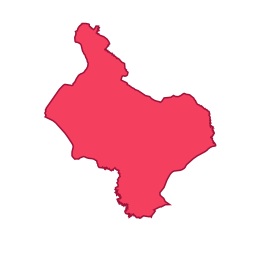 Phon Na Kaeo, Sakon Nakhon, Thailand (Mercator projection), rotated 24°
{"feature_id": "78962969B15613866978457", "entity_name": "Phon Na Kaeo", "entity_type": "district", "adm_level": 2, "iso_a3": "THA", "parent_name": "Thailand", "parent_adm1": "Sakon Nakhon", "projection": "mercator", "projection_center": [104.325, 17.213], "detail": "fine", "context": "isolated", "style": "filled", "palette": "rose", "viewbox_px": 256, "rotation_deg": 24, "n_neighbors": 0, "source": "geoboundaries", "source_scale": "gbopen_adm2", "svg_char_len": 5789}
<svg xmlns="http://www.w3.org/2000/svg" viewBox="0 0 256 256"><g transform="rotate(24 128 128)"><path d="M165.4,209.1L166.6,207.3L166.7,206.6L167.0,206.5L166.8,206.1L167.6,205.4L167.4,205.2L167.7,205.2L168.1,204.5L169.1,205.6L169.4,205.2L170.1,205.6L170.6,205.4L171.4,206.1L172.2,206.4L172.7,205.9L173.5,205.9L173.7,205.4L174.2,205.5L174.6,205.1L175.2,205.6L175.7,205.4L176.4,204.8L176.6,203.6L177.3,203.2L177.7,202.0L183.4,200.5L184.1,199.6L185.6,200.0L185.4,198.0L186.4,194.3L186.6,192.7L184.9,192.3L189.3,187.0L190.4,186.6L193.3,182.9L197.2,181.0L191.9,180.0L189.3,177.8L184.8,176.4L183.4,174.2L185.1,167.8L184.7,159.4L185.3,153.0L186.1,150.6L187.4,148.7L192.7,145.5L194.2,144.2L195.6,142.2L196.1,141.0L196.3,137.9L200.1,129.4L202.7,125.1L208.1,118.1L209.2,116.2L209.8,114.4L211.0,112.3L212.5,110.6L215.2,108.7L215.1,107.9L214.6,107.7L213.7,106.8L212.9,107.0L213.0,106.5L212.6,106.3L212.1,106.7L211.6,106.6L211.5,105.5L209.8,104.6L209.4,103.3L207.9,103.1L208.1,102.5L207.6,102.5L207.8,102.1L208.3,101.9L208.1,101.5L208.5,101.0L208.3,100.5L208.5,99.8L208.8,99.6L208.6,99.1L208.8,98.8L208.7,97.9L208.9,97.8L208.8,97.5L208.0,97.4L208.1,96.8L207.7,96.5L207.3,96.6L206.8,96.1L206.8,95.7L206.4,95.8L206.4,95.3L205.9,95.4L205.3,94.0L205.7,93.6L205.3,93.6L205.5,93.2L205.4,92.6L204.9,92.8L204.5,92.4L204.2,92.6L203.4,92.2L203.1,93.0L202.8,92.2L202.1,92.5L202.1,92.1L201.3,90.9L201.6,90.5L201.0,90.4L201.2,89.4L200.6,89.3L200.5,88.5L199.9,88.0L200.2,87.3L199.6,87.2L199.5,86.5L198.9,86.1L198.9,85.2L198.0,84.1L197.0,83.6L197.1,82.4L196.7,82.3L196.8,81.8L196.2,81.4L195.9,80.5L195.0,79.9L194.4,80.1L192.7,79.3L192.3,79.6L191.6,79.3L190.6,79.4L190.4,79.0L190.0,79.3L189.5,79.3L187.6,78.4L186.9,78.5L186.2,77.9L185.2,78.5L183.9,78.0L181.8,78.2L179.4,76.5L178.7,75.7L176.9,74.9L176.0,74.0L171.1,72.7L169.8,72.8L167.8,73.5L165.4,73.5L164.6,74.1L163.1,76.8L161.2,78.9L158.5,79.9L156.3,79.8L154.8,82.4L148.7,85.9L148.1,89.5L147.1,91.4L145.4,91.3L144.0,91.7L141.1,92.0L137.5,91.6L135.0,90.5L130.8,91.3L122.2,89.8L118.8,90.0L117.4,89.5L115.3,89.5L111.4,88.6L109.6,88.7L109.4,87.7L108.4,87.2L102.2,87.0L102.0,86.8L101.6,83.0L103.0,82.0L104.0,82.0L104.9,81.4L105.7,80.3L105.8,79.5L105.3,77.1L102.9,76.4L102.9,75.6L101.1,75.0L98.6,70.5L95.7,70.4L93.3,69.5L92.4,68.8L90.9,68.6L90.3,68.8L90.0,68.4L89.3,69.0L88.3,68.1L86.6,67.7L86.2,68.0L85.8,67.4L85.6,67.7L85.2,67.4L84.4,67.3L84.4,67.0L83.9,66.8L83.7,67.1L83.6,66.7L82.8,66.6L82.8,66.4L81.6,66.9L81.0,66.5L80.3,66.5L80.2,66.2L79.8,66.1L79.6,66.4L78.9,66.2L78.6,66.5L78.1,65.5L77.6,65.8L77.0,65.6L76.8,65.9L76.6,65.4L75.0,65.9L74.8,65.6L75.5,64.5L76.2,61.5L76.8,60.8L76.1,60.3L77.0,58.6L75.6,57.2L72.8,55.4L68.6,54.4L64.6,54.7L63.6,54.5L63.1,53.9L62.4,54.0L62.0,54.5L61.4,54.0L60.6,54.0L60.8,53.6L60.6,52.8L60.8,52.6L60.4,52.2L61.2,51.4L60.8,51.2L60.8,50.8L61.1,50.8L60.7,50.4L61.1,50.3L60.7,50.1L61.0,49.8L60.8,49.2L60.4,49.1L60.7,48.9L60.5,48.7L60.8,48.0L60.1,48.0L59.7,46.9L57.3,47.9L57.3,49.4L56.6,52.1L55.2,51.8L54.7,51.9L54.2,51.7L54.2,51.4L53.9,51.2L53.2,51.3L52.3,50.8L51.5,50.8L51.0,50.3L50.6,49.3L50.0,49.0L46.9,49.7L43.6,51.2L43.6,51.8L43.1,52.2L43.1,53.2L42.5,54.0L41.9,56.0L41.8,57.7L42.1,59.8L41.3,60.5L40.8,61.3L41.6,61.9L42.4,64.1L42.5,66.8L44.3,70.2L45.1,70.8L47.0,70.3L49.0,70.3L50.3,70.6L51.4,71.2L55.3,76.3L56.7,77.2L57.3,78.0L58.9,78.7L60.8,80.7L62.9,82.4L63.9,84.0L65.2,84.9L66.2,88.2L66.0,91.3L65.5,92.6L65.3,94.5L64.1,96.6L62.8,97.8L61.8,99.3L61.4,100.3L60.8,104.0L60.7,108.0L60.4,108.2L60.3,108.9L59.8,109.9L60.2,110.8L60.0,111.5L59.5,112.0L53.0,113.7L52.2,114.2L51.4,115.6L49.6,120.6L45.2,143.3L45.5,143.8L45.2,145.1L46.1,146.1L46.0,148.1L46.6,148.8L47.7,149.4L48.0,151.0L47.8,151.5L56.4,151.8L59.7,152.6L72.3,158.2L76.6,160.7L83.2,164.9L84.7,166.1L85.7,167.7L86.6,172.6L88.0,175.9L88.8,176.7L92.0,178.1L93.6,177.1L95.6,176.4L96.3,174.8L98.8,172.3L100.2,171.9L102.2,172.0L104.7,171.6L108.1,170.5L110.1,170.3L111.5,170.7L112.6,170.6L114.3,172.8L115.1,173.3L116.0,174.8L117.6,175.8L120.3,175.0L120.7,174.1L121.2,174.7L121.9,174.6L122.5,173.8L122.8,173.9L123.7,175.2L124.0,175.2L124.3,174.4L123.7,173.4L124.1,172.8L125.0,172.8L125.1,173.6L125.4,173.8L126.0,173.5L126.9,173.5L127.3,172.8L128.2,173.5L130.2,173.8L130.6,173.3L130.6,172.4L131.6,172.4L131.4,171.6L132.3,169.7L133.2,170.6L134.5,170.5L135.2,171.0L135.7,170.5L136.8,170.5L136.9,171.2L137.3,171.7L137.2,172.6L137.7,173.1L138.2,172.7L138.9,172.9L139.2,173.2L139.1,174.1L140.6,175.6L139.7,176.9L139.8,177.7L139.5,179.6L140.6,180.3L140.7,181.2L140.2,182.6L142.0,183.7L142.6,185.2L142.4,185.6L142.6,185.8L141.3,186.9L140.9,187.9L141.5,188.6L141.2,189.4L142.0,189.7L143.8,188.9L143.9,190.1L144.3,190.7L144.0,191.2L142.9,190.7L142.6,192.0L144.1,191.7L143.9,192.8L144.6,193.1L145.0,193.9L145.2,193.5L145.1,192.8L145.7,193.0L145.9,192.0L146.4,192.1L146.7,192.6L146.4,193.4L146.8,193.6L147.6,193.5L147.2,192.7L147.7,192.3L148.3,193.0L148.2,194.4L148.8,194.6L149.5,194.0L149.8,194.3L149.8,195.3L149.4,196.0L148.1,196.5L147.9,197.8L147.3,197.2L147.0,197.5L147.2,197.9L148.5,198.6L148.7,199.3L149.5,199.7L149.8,199.5L149.5,198.5L150.3,198.7L151.1,199.6L150.5,200.5L150.6,200.8L151.6,200.8L152.2,199.9L152.1,199.3L152.4,199.1L153.7,199.5L153.6,200.6L154.1,201.0L154.4,200.9L154.3,200.3L154.7,200.1L156.0,201.0L156.2,200.0L155.3,199.8L155.7,198.8L157.2,199.7L157.1,198.8L157.9,198.6L157.8,198.0L158.9,198.0L159.0,198.3L158.6,199.2L159.1,199.5L159.0,200.2L159.8,200.0L160.1,200.3L159.9,200.9L159.1,201.0L159.0,201.5L159.9,201.5L160.4,201.8L159.0,202.3L160.0,203.3L160.3,203.8L160.2,204.2L159.1,204.1L159.0,204.9L159.2,205.6L160.1,206.6L161.1,207.0L162.7,206.7L163.1,205.9L163.5,206.0L163.4,206.7L164.0,206.8L164.2,206.7L164.1,205.9L164.3,205.6L164.6,205.7L165.1,206.4L165.8,206.7L164.4,208.1L164.5,208.5L165.1,208.5L165.4,209.1Z" fill="#f43f5e" stroke="#9f1239" stroke-width="1.5"/></g></svg>